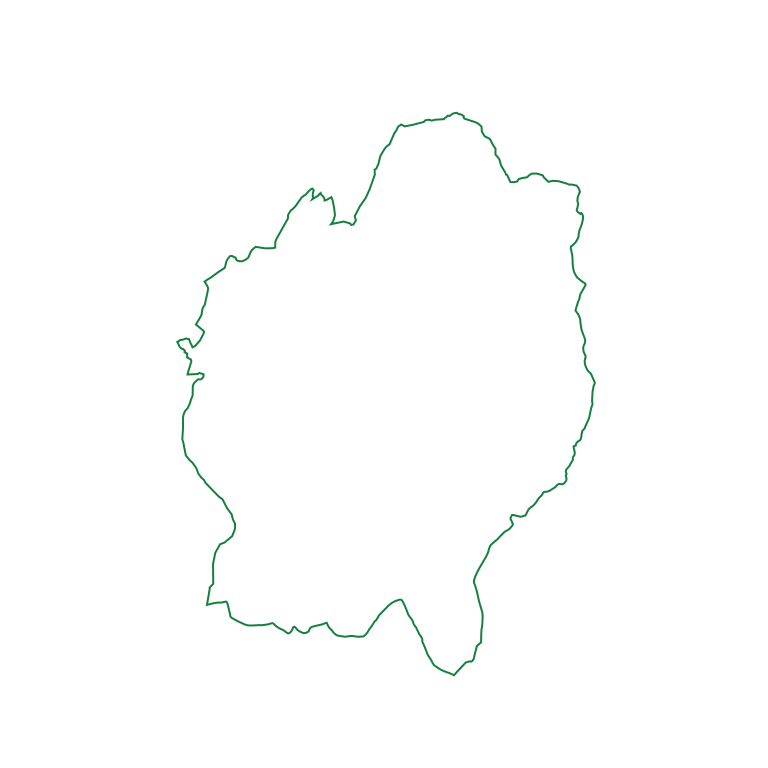 Horea, Alba, Romania (Equal Earth projection), rotated 115°
{"feature_id": "2599482B7023814920704", "entity_name": "Horea", "entity_type": "district", "adm_level": 2, "iso_a3": "ROU", "parent_name": "Romania", "parent_adm1": "Alba", "projection": "equal_earth", "projection_center": [22.952, 46.518], "detail": "fine", "context": "isolated", "style": "outline", "palette": "green", "viewbox_px": 768, "rotation_deg": 115, "n_neighbors": 0, "source": "geoboundaries", "source_scale": "gbopen_adm2", "svg_char_len": 6166}
<svg xmlns="http://www.w3.org/2000/svg" viewBox="0 0 768 768"><g transform="rotate(115 384 384)"><path d="M659.0,451.1L654.7,445.8L652.4,442.3L650.4,438.3L647.9,435.3L648.0,434.5L648.3,434.0L650.3,432.1L656.2,427.4L659.5,425.0L659.9,424.5L660.3,423.2L660.8,416.2L660.8,408.8L660.4,405.9L660.0,404.6L658.3,400.9L655.1,394.9L654.4,393.0L653.6,391.8L651.3,388.1L648.0,384.3L647.8,383.5L647.8,382.9L648.4,381.6L648.9,380.1L649.6,376.3L649.7,370.9L649.8,369.9L650.4,367.7L650.6,365.7L650.3,365.0L649.8,364.6L648.8,364.0L647.2,363.5L644.9,363.3L643.2,363.5L642.5,363.3L642.1,362.9L641.9,361.9L642.1,361.2L643.2,359.2L643.6,357.9L643.9,356.1L643.9,352.7L643.7,351.5L643.1,350.3L641.8,348.9L640.2,347.8L636.5,347.8L635.4,347.3L633.5,345.5L627.7,338.1L625.4,336.0L624.6,335.0L626.4,333.0L627.8,331.1L629.3,327.1L630.6,324.7L631.1,323.3L631.6,321.2L631.6,319.6L629.8,313.3L629.0,311.6L626.5,307.8L625.7,306.1L624.1,300.8L621.7,296.3L621.0,295.6L619.0,294.8L616.0,294.0L612.7,293.7L608.4,292.8L603.6,292.2L600.5,291.1L595.9,290.8L583.0,286.3L579.3,284.5L576.2,282.2L572.9,278.8L572.4,277.7L572.3,276.7L573.0,275.4L576.3,271.2L582.3,265.0L583.3,263.7L586.3,258.2L589.2,255.4L591.2,251.9L595.8,246.3L597.6,243.1L598.9,241.6L601.4,240.3L605.3,235.8L610.3,230.6L611.2,229.5L614.1,224.9L616.4,221.9L617.7,219.8L618.7,213.7L618.9,211.8L618.9,207.9L618.8,207.6L618.7,205.3L618.4,203.2L618.3,199.4L618.4,197.4L614.6,196.4L601.6,192.1L600.9,191.0L599.3,189.5L598.8,187.7L597.8,187.0L595.5,186.5L582.2,189.1L577.1,186.8L570.9,189.6L565.3,191.9L562.1,192.7L557.2,194.6L553.3,196.2L550.7,197.6L549.2,198.6L540.7,206.1L532.7,212.2L528.2,216.2L526.3,218.3L524.1,219.5L518.9,220.0L512.1,219.9L497.2,218.5L492.7,218.5L488.5,219.2L485.6,219.4L483.7,218.8L476.1,215.3L472.3,214.2L469.6,213.1L467.7,212.6L466.3,211.8L463.0,209.4L461.6,208.8L457.9,207.8L456.7,207.9L454.4,210.3L452.8,212.3L451.7,212.8L448.6,212.6L448.0,211.0L446.5,203.8L444.1,201.3L443.6,200.4L442.6,200.2L437.6,200.1L436.2,199.9L434.4,199.2L431.0,197.3L427.8,196.3L424.1,195.8L421.6,195.3L418.2,194.0L415.9,193.8L414.2,193.4L412.9,191.1L411.2,189.1L405.1,185.2L402.9,184.5L401.5,183.9L400.8,183.4L400.2,182.4L400.1,181.4L399.5,180.2L398.9,179.4L397.9,178.7L395.0,178.1L393.8,178.1L392.6,178.7L390.0,180.6L389.0,180.5L388.2,180.6L386.6,182.3L384.3,182.6L379.6,181.2L377.9,181.3L373.1,180.8L370.6,181.8L367.7,181.4L365.5,182.1L361.5,185.2L360.3,185.8L358.8,184.3L356.1,184.7L354.3,184.0L352.1,182.6L351.2,182.4L348.5,182.8L348.0,183.1L342.8,184.5L340.9,183.8L338.9,183.4L337.5,183.6L328.5,183.7L318.0,186.1L314.7,186.4L313.0,187.1L312.0,188.0L303.0,191.7L297.1,193.2L294.9,193.2L294.0,193.4L293.2,194.0L291.8,195.5L287.6,200.4L286.9,201.5L286.0,204.4L285.2,205.8L283.7,207.7L281.2,210.2L278.6,211.8L276.3,212.4L274.4,212.6L273.6,213.0L270.4,216.7L267.7,218.5L265.9,219.1L261.6,219.3L259.4,220.1L258.4,220.8L251.4,227.9L245.4,231.9L242.5,233.5L241.5,234.3L238.9,237.3L236.8,241.0L236.2,241.6L235.2,241.8L227.1,242.9L223.8,243.0L221.6,243.7L219.9,244.0L210.2,243.2L208.5,243.4L208.0,244.1L207.7,245.1L207.6,246.5L206.8,250.3L205.9,253.8L204.7,255.8L201.9,259.4L198.9,261.6L196.0,263.5L191.6,265.6L187.3,268.1L182.0,272.1L180.3,272.7L178.8,271.8L176.8,271.0L174.3,270.2L171.3,269.9L169.3,269.9L168.2,270.0L166.4,270.7L162.5,271.8L156.9,272.1L151.9,273.0L149.4,273.8L147.6,274.7L146.5,275.8L145.7,277.5L146.9,277.9L146.2,281.2L145.2,282.6L144.2,283.1L142.4,283.2L138.8,284.1L136.2,286.2L132.6,287.4L128.0,287.7L127.1,287.5L124.3,290.3L122.8,293.2L123.9,298.2L125.1,300.8L125.1,303.0L126.4,311.3L128.5,316.9L131.3,320.5L129.2,326.4L127.8,328.4L128.7,334.3L130.8,338.9L133.4,340.6L136.3,341.8L138.3,344.9L141.4,348.6L144.2,348.9L146.1,351.5L147.6,354.7L142.5,360.8L142.7,361.8L141.2,363.3L136.7,370.0L131.4,374.6L128.8,380.1L123.5,382.4L121.8,385.5L117.2,391.6L116.9,397.7L113.8,402.0L109.5,404.4L108.3,408.2L108.1,411.7L109.5,423.3L108.9,424.4L107.4,425.0L107.2,428.9L107.8,429.8L107.5,432.8L109.2,435.2L110.4,436.3L113.4,437.9L113.8,439.6L115.8,440.3L117.4,441.3L118.6,441.5L123.0,449.6L125.1,452.0L125.5,455.0L127.5,458.0L129.7,458.7L136.8,467.3L141.7,474.0L141.6,478.1L145.0,480.0L149.3,480.0L152.3,480.6L164.5,480.3L167.3,481.9L170.3,482.8L178.8,483.7L186.8,482.1L192.0,482.0L193.7,483.1L198.1,480.8L213.6,479.3L223.0,479.2L233.3,481.0L244.3,481.5L247.7,478.6L252.3,479.1L253.7,480.9L252.8,482.6L253.8,489.2L261.5,499.5L259.2,499.0L256.1,499.0L251.7,499.8L245.7,503.5L239.1,508.3L236.9,510.7L241.1,513.6L242.8,515.4L241.5,516.2L240.7,516.9L240.0,518.0L238.7,521.3L237.7,522.1L239.6,523.0L240.7,523.0L246.9,527.1L245.1,527.0L243.4,528.2L241.0,529.2L238.4,529.5L237.6,530.2L237.2,531.3L237.8,532.2L240.8,533.7L245.5,535.0L247.5,536.4L250.3,537.6L259.9,539.3L263.0,540.3L266.6,541.9L271.1,542.4L274.8,541.0L298.2,542.8L301.4,542.5L306.4,540.3L307.9,542.2L311.1,548.6L314.0,558.4L318.3,560.2L320.3,560.6L326.8,560.4L329.5,561.8L331.3,563.1L332.9,564.7L333.8,567.0L334.2,569.0L334.0,569.9L333.7,570.5L332.2,571.9L332.1,572.2L332.5,573.8L332.1,575.8L332.7,576.9L333.4,577.7L337.4,578.6L339.7,578.6L345.1,577.5L346.4,577.6L352.8,581.6L361.2,586.2L363.7,588.0L367.0,589.9L368.6,587.3L370.9,584.4L371.9,583.7L374.7,582.9L388.0,579.9L390.6,580.3L393.0,580.2L398.6,578.6L401.9,578.8L409.6,579.6L411.8,571.0L412.5,569.3L414.5,568.8L422.4,569.2L429.5,571.3L431.7,573.1L430.1,574.8L428.7,576.7L425.8,579.7L426.1,580.1L426.2,582.4L428.7,584.9L430.3,587.3L430.9,587.8L432.1,588.2L433.3,589.1L433.9,588.2L436.5,585.1L437.1,583.8L437.5,582.4L437.2,580.5L437.8,579.4L437.9,578.5L439.5,578.2L439.6,575.2L443.1,573.7L443.4,569.4L444.8,568.2L455.8,566.6L458.4,566.1L453.8,557.2L452.0,556.0L451.5,551.5L454.3,550.7L456.7,551.6L457.3,552.1L458.4,554.6L463.6,556.6L466.7,556.4L475.2,552.6L480.7,552.2L483.5,551.7L488.6,551.7L492.7,552.9L496.2,552.8L500.1,551.7L509.1,547.4L519.2,543.5L522.1,541.0L532.5,533.4L535.0,528.4L536.2,524.5L538.7,520.0L540.1,518.0L543.7,514.4L546.0,510.1L547.0,506.7L549.0,504.0L555.8,486.3L556.8,481.5L562.8,473.9L566.6,466.9L570.6,463.7L573.6,459.9L578.5,457.8L586.0,457.3L595.2,461.6L598.4,464.8L608.2,465.6L619.6,462.8L637.3,454.3L642.1,456.0L643.6,455.3L659.0,451.1Z" fill="none" stroke="#15803d" stroke-width="2"/></g></svg>